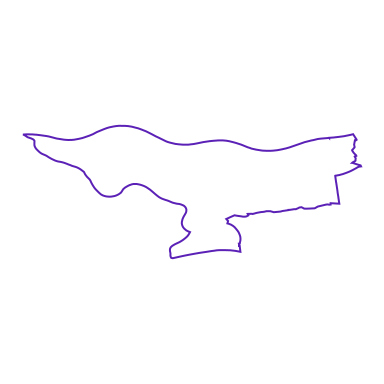 the district of Zaltbommel, Gelderland, Netherlands
{"feature_id": "6326949B96926910837809", "entity_name": "Zaltbommel", "entity_type": "district", "adm_level": 2, "iso_a3": "NLD", "parent_name": "Netherlands", "parent_adm1": "Gelderland", "projection": "robinson", "projection_center": [5.161, 51.782], "detail": "fine", "context": "isolated", "style": "outline", "palette": "violet", "viewbox_px": 384, "rotation_deg": 0, "n_neighbors": 0, "source": "geoboundaries", "source_scale": "gbopen_adm2", "svg_char_len": 5792}
<svg xmlns="http://www.w3.org/2000/svg" viewBox="0 0 384 384"><path d="M353.1,134.2L351.6,134.6L349.4,135.1L344.0,136.2L338.7,136.9L333.5,137.5L329.2,137.8L329.2,138.0L329.1,137.9L328.2,138.0L321.1,138.6L320.2,138.7L317.8,139.0L313.3,140.1L311.2,140.5L304.5,142.2L301.1,143.4L297.6,144.6L289.5,147.4L286.0,148.4L281.6,149.4L277.3,150.2L273.6,150.6L272.3,150.7L270.7,150.8L266.5,150.8L262.4,150.6L261.0,150.4L256.0,149.6L253.8,149.1L251.5,148.6L250.3,148.1L247.5,147.2L241.4,144.7L235.8,142.9L233.6,142.3L229.2,141.2L226.2,140.7L222.8,140.4L219.3,140.4L217.2,140.5L212.2,140.9L209.4,141.2L206.7,141.6L203.3,142.1L197.5,143.3L193.8,144.0L192.1,144.2L187.9,144.7L187.4,144.7L186.8,144.7L184.3,144.7L183.5,144.7L180.9,144.5L178.7,144.3L175.3,143.9L172.0,143.1L170.3,142.7L167.8,142.0L166.0,141.3L158.5,137.6L155.9,136.4L151.6,134.1L146.0,131.3L140.9,129.3L138.1,128.3L134.9,127.5L131.9,126.7L128.2,126.1L125.4,125.9L119.0,125.8L115.9,126.1L112.9,126.6L112.0,126.8L109.5,127.3L106.8,128.1L104.1,129.1L101.4,130.2L96.8,132.1L95.3,132.9L93.1,134.1L89.5,135.6L84.0,137.5L82.1,138.1L79.0,138.8L78.0,139.0L74.2,139.7L72.0,139.9L68.1,140.0L64.1,139.7L63.5,139.6L60.4,139.1L56.5,138.5L53.5,137.7L48.9,136.5L47.3,136.2L46.8,136.1L40.4,135.2L37.9,134.9L36.3,134.7L34.4,134.6L32.3,134.4L30.1,134.4L28.2,134.3L27.0,134.3L26.0,134.4L23.7,134.5L23.0,134.6L24.3,135.0L27.6,137.2L31.1,138.4L32.8,139.2L33.5,139.6L34.1,140.3L34.5,141.0L34.4,142.6L34.4,145.0L34.7,146.3L35.4,147.7L36.3,149.0L38.2,150.9L39.7,152.3L41.4,153.5L43.1,154.3L44.8,155.0L46.5,155.8L48.8,157.3L51.6,158.9L53.3,159.7L55.0,160.5L56.7,161.1L58.2,161.5L60.1,161.8L61.6,162.1L63.5,162.6L65.0,163.1L67.1,163.9L68.8,164.6L70.3,165.1L72.1,165.9L75.6,166.9L77.2,167.5L78.8,168.3L80.6,169.4L82.2,170.6L84.0,172.0L85.0,174.1L85.9,175.4L87.0,176.8L88.5,178.3L89.6,179.4L90.5,180.8L91.0,182.0L91.7,183.4L92.5,184.8L93.3,186.1L94.2,187.5L95.2,188.8L96.5,190.2L97.7,191.4L99.1,192.8L100.6,194.1L101.1,194.5L102.8,195.4L104.5,196.0L106.2,196.4L108.0,196.6L109.7,196.7L111.3,196.6L113.1,196.3L114.7,196.0L116.4,195.4L118.1,194.6L119.1,194.0L120.9,192.7L121.9,191.3L122.7,190.0L123.2,189.2L124.9,187.7L126.5,186.7L128.3,185.7L129.8,185.0L130.0,185.0L131.6,184.4L133.4,184.0L135.1,184.0L136.7,184.0L138.4,184.3L138.8,184.4L140.2,184.7L142.1,185.3L143.4,185.8L144.2,186.1L145.6,186.8L146.2,187.1L147.9,188.2L148.7,188.8L149.1,189.0L150.2,189.8L152.0,191.3L155.6,194.4L157.2,195.7L158.9,197.0L160.6,198.0L162.3,198.8L165.7,200.0L167.4,200.5L169.2,201.2L170.8,201.9L172.5,202.6L174.3,203.1L176.0,203.5L176.8,203.7L177.7,203.8L179.4,204.0L181.1,204.5L182.8,205.2L184.0,205.8L185.4,207.2L186.1,208.5L186.4,209.8L186.3,211.2L186.0,212.5L185.3,213.8L184.5,215.2L183.7,216.5L183.1,217.8L182.5,219.2L182.2,220.5L181.9,221.8L181.8,223.2L182.0,224.5L182.4,225.8L183.1,227.2L184.1,228.5L186.3,230.4L188.0,231.3L190.0,232.1L189.1,233.8L188.2,235.2L187.1,236.5L185.7,237.8L184.6,238.7L182.9,240.0L181.2,241.1L179.5,242.1L176.1,243.7L174.5,244.5L172.2,245.9L170.8,247.2L170.1,248.5L169.9,249.9L170.0,251.2L170.3,252.6L170.5,253.9L170.4,255.2L170.6,256.5L171.1,257.7L171.3,257.9L172.8,258.2L179.6,256.7L184.7,255.6L189.3,254.7L194.8,253.7L200.0,252.8L206.8,251.8L211.8,251.0L213.6,250.8L216.9,250.3L218.6,250.2L220.4,250.1L223.7,250.1L227.1,250.2L230.5,250.3L232.2,250.5L233.9,250.7L235.6,250.9L240.4,251.8L239.7,246.0L239.0,246.0L239.0,245.1L239.0,244.9L239.2,244.7L239.1,244.3L238.9,243.6L239.8,243.5L240.1,241.7L240.3,240.9L240.4,240.4L240.4,239.8L240.5,239.0L240.5,238.9L240.4,237.7L240.3,236.8L239.9,235.3L239.4,234.1L239.1,233.3L238.4,231.9L238.0,231.4L237.7,230.9L236.5,229.4L234.9,227.5L234.4,227.0L233.4,226.2L232.9,225.8L231.9,225.2L230.9,224.6L230.1,224.3L229.4,224.0L228.5,223.7L227.4,223.4L228.1,221.0L226.3,219.0L230.4,217.1L234.5,215.3L236.6,215.7L241.6,216.4L242.1,216.5L243.0,216.7L244.0,216.7L244.6,216.7L245.5,216.6L246.4,216.4L246.7,216.3L248.3,215.4L247.7,214.0L247.8,214.0L247.8,213.9L251.2,213.8L251.9,213.8L252.1,213.8L252.4,213.9L252.6,214.0L256.6,212.9L257.1,212.8L259.7,212.3L260.9,212.1L264.0,211.8L266.1,211.3L266.4,211.2L268.8,211.2L270.3,211.2L273.8,212.2L280.1,211.6L280.7,211.5L282.5,211.0L286.0,210.5L288.5,210.1L288.5,209.9L290.3,209.8L293.4,209.3L294.1,209.2L295.5,209.2L295.9,209.2L296.2,209.0L297.7,208.4L298.1,208.2L299.0,207.7L299.4,207.5L300.9,207.3L301.2,207.2L301.4,207.3L301.6,207.3L302.1,207.5L303.6,208.3L304.1,208.6L304.4,208.6L304.9,208.6L305.0,208.7L305.5,208.7L308.7,208.6L308.8,208.6L313.1,208.4L314.6,208.3L314.9,208.2L315.1,208.1L317.7,206.6L318.0,206.5L325.6,204.7L325.9,204.6L326.2,204.6L327.2,204.4L329.4,204.7L329.8,204.7L330.1,204.6L330.4,204.5L330.6,204.5L330.6,203.2L339.3,203.7L338.8,200.4L338.5,198.3L338.3,196.8L338.3,196.6L338.1,195.7L337.9,194.2L337.8,193.8L337.6,192.3L337.4,190.5L337.3,189.9L337.0,187.9L336.2,182.6L336.1,182.3L335.4,177.2L335.2,175.8L335.3,175.7L335.9,175.7L337.2,175.4L339.5,175.0L341.2,174.5L342.8,174.1L343.6,173.8L345.6,173.1L346.7,172.7L349.0,171.8L351.0,170.9L352.0,170.4L353.5,169.6L356.1,168.2L357.9,167.1L358.8,166.8L359.5,166.5L360.1,166.6L360.4,166.5L360.7,166.3L361.0,166.3L360.6,165.4L360.0,165.2L358.4,164.8L354.1,163.4L352.3,162.8L352.2,162.8L352.5,162.5L352.7,162.4L353.7,161.8L354.3,161.5L355.2,161.0L355.3,160.9L355.4,160.7L355.5,160.6L355.5,159.6L355.7,158.4L355.6,158.1L354.9,156.9L354.7,156.6L354.8,156.5L356.3,155.9L356.2,155.4L356.0,155.2L355.9,155.1L355.5,154.8L355.2,154.5L355.0,154.2L354.6,153.8L353.6,152.7L353.4,152.4L352.5,151.1L352.3,150.7L352.1,150.2L352.3,149.8L352.6,149.6L353.1,149.1L353.7,148.3L354.4,147.6L354.5,147.4L354.6,147.2L354.6,146.8L354.4,146.2L354.2,145.0L354.2,144.8L354.1,144.6L354.3,143.8L354.4,143.1L354.6,142.0L354.9,140.4L355.0,140.2L355.6,140.5L356.6,139.8L356.4,139.3L353.1,134.2Z" fill="none" stroke="#5b21b6" stroke-width="2"/></svg>